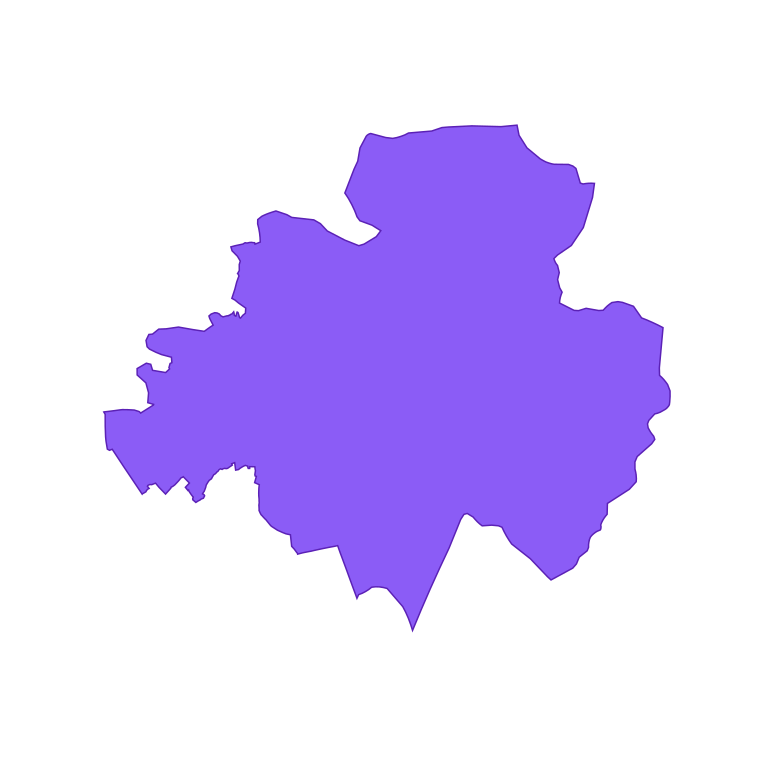 the district of Copacele, Caras-Severin, Romania, rotated 255°
{"feature_id": "2599482B86602840637576", "entity_name": "Copacele", "entity_type": "district", "adm_level": 2, "iso_a3": "ROU", "parent_name": "Romania", "parent_adm1": "Caras-Severin", "projection": "natural_earth1", "projection_center": [22.073, 45.483], "detail": "fine", "context": "isolated", "style": "filled", "palette": "violet", "viewbox_px": 768, "rotation_deg": 255, "n_neighbors": 0, "source": "geoboundaries", "source_scale": "gbopen_adm2", "svg_char_len": 5762}
<svg xmlns="http://www.w3.org/2000/svg" viewBox="0 0 768 768"><g transform="rotate(255 384 384)"><path d="M599.6,579.5L602.3,563.6L610.6,535.6L615.6,512.5L616.7,506.3L616.0,495.5L620.1,472.6L619.2,468.5L618.8,464.3L618.7,460.2L619.0,456.0L621.6,449.5L629.4,436.0L629.4,434.6L629.1,433.3L628.6,432.0L627.8,430.8L627.0,430.1L618.2,421.9L606.0,416.3L599.3,410.7L578.6,395.6L575.4,396.7L572.3,397.7L569.0,398.5L565.8,399.3L562.5,399.9L559.2,400.5L555.8,400.9L552.5,401.2L547.9,403.0L540.6,413.4L532.9,420.6L528.3,414.7L524.3,401.0L524.1,395.5L533.2,383.3L546.5,368.8L555.3,364.1L560.7,358.7L568.8,338.0L572.7,334.0L579.1,324.4L579.0,321.1L578.8,317.8L578.5,314.6L578.0,311.3L577.6,309.3L575.5,304.6L571.4,303.4L566.8,303.3L562.2,302.9L557.6,302.2L553.1,301.2L552.5,295.6L554.0,295.6L554.4,294.2L555.1,292.7L555.5,290.8L555.6,288.1L556.4,286.4L555.7,283.9L556.1,276.0L556.1,271.6L552.0,271.7L545.3,275.5L539.9,277.0L536.9,275.1L531.1,273.6L528.5,271.1L527.9,271.6L525.8,271.8L524.2,270.6L520.6,268.1L514.2,264.5L506.1,259.2L503.6,261.8L499.8,264.5L493.1,270.1L488.2,268.4L486.9,265.4L484.8,262.5L485.5,261.7L488.7,261.6L490.8,261.5L491.5,260.8L490.0,259.7L487.9,258.6L487.9,258.3L489.1,257.2L491.3,257.5L492.6,257.5L491.0,255.2L491.0,254.1L490.4,252.7L490.6,252.3L490.2,251.5L490.5,249.8L490.5,245.9L492.1,244.1L494.3,243.0L495.8,241.2L496.7,238.9L496.3,235.1L495.0,232.5L492.4,232.6L488.6,233.4L485.1,234.2L483.8,230.3L481.4,224.0L486.1,213.3L492.2,200.2L493.7,187.7L495.3,180.6L492.1,173.3L492.7,169.7L487.7,165.4L481.3,164.8L478.4,166.5L473.5,172.1L473.0,172.8L470.0,176.7L464.9,185.6L459.5,184.6L459.2,182.7L455.5,180.5L454.1,180.8L451.6,176.1L452.1,174.9L457.1,164.0L463.4,163.8L465.6,159.8L462.8,149.5L456.6,147.9L446.7,154.3L436.4,154.3L427.1,151.0L423.9,156.2L423.4,155.9L422.7,153.7L418.9,141.4L419.9,140.9L420.8,140.3L423.5,136.0L425.6,129.5L427.0,124.5L427.4,121.8L428.1,116.2L429.1,109.1L429.4,107.2L429.5,106.5L429.5,106.1L426.8,106.8L415.4,103.8L405.0,101.4L400.8,100.7L392.7,99.9L391.0,101.7L391.3,104.6L370.9,111.4L359.5,115.3L340.2,121.9L340.5,122.3L340.9,124.0L341.5,126.1L342.5,127.0L343.5,128.4L343.9,130.1L346.5,129.0L347.2,129.8L347.5,131.7L346.9,133.6L347.1,135.5L347.3,136.9L347.3,137.7L342.5,139.9L334.2,144.5L338.5,151.1L339.4,151.6L339.7,153.3L340.7,155.8L342.4,158.6L343.6,160.5L346.0,163.9L346.0,165.1L346.4,166.1L338.7,170.4L335.6,165.4L331.8,167.1L332.1,167.8L331.3,167.8L330.2,168.1L328.1,168.8L325.5,169.8L324.1,170.5L323.0,169.6L322.3,169.6L321.7,169.3L318.3,171.6L319.2,174.5L319.5,176.2L320.2,177.7L320.2,177.8L320.4,180.0L322.4,181.8L323.7,181.5L324.9,180.3L326.3,181.8L326.8,182.5L330.1,184.9L332.5,186.2L334.8,188.6L336.2,190.3L337.1,192.8L338.5,194.1L340.5,196.1L340.6,196.8L340.8,197.5L341.6,199.0L342.2,199.7L342.6,201.0L343.6,202.0L344.0,202.8L344.4,204.2L343.4,205.5L343.7,206.2L343.8,208.0L343.6,208.6L343.1,209.6L343.0,211.1L343.8,213.3L344.9,216.5L346.4,216.2L346.7,219.4L339.2,218.4L339.0,221.3L339.9,223.3L340.8,226.3L341.3,228.9L339.9,231.1L338.7,230.9L337.6,231.0L337.2,232.4L338.9,233.0L337.5,237.8L335.3,237.5L333.6,237.4L329.9,235.8L328.5,235.7L327.8,236.8L322.2,233.5L320.6,235.5L319.0,237.5L318.9,237.5L318.6,237.3L318.4,237.2L315.8,236.2L314.2,235.7L311.9,235.0L310.5,234.6L310.4,234.6L308.4,234.1L305.5,233.6L304.2,233.3L303.2,233.0L302.3,232.9L301.6,232.7L300.6,232.3L299.6,231.9L299.0,231.7L298.8,231.7L296.5,231.2L295.5,231.0L295.1,230.9L294.4,230.6L294.1,230.6L293.3,230.7L290.9,231.1L289.4,231.5L288.6,232.0L286.8,232.9L284.2,234.3L283.9,234.6L276.5,237.9L275.4,238.7L270.4,243.2L266.8,247.6L264.6,250.6L262.6,254.6L251.1,252.8L247.9,254.5L244.1,256.0L242.2,256.8L242.0,256.7L242.0,260.1L242.0,260.9L241.9,263.2L241.5,269.1L241.4,269.9L241.3,273.6L241.2,275.8L240.9,281.8L240.5,288.1L240.0,294.5L239.9,297.4L232.3,298.0L227.1,298.5L222.7,298.9L216.3,299.5L213.0,299.8L206.0,300.4L197.1,301.2L187.6,302.1L184.0,302.4L187.1,305.0L187.5,308.8L188.3,312.4L189.4,316.0L190.9,319.5L190.3,323.4L189.2,327.1L187.6,330.7L185.7,334.1L164.1,344.5L157.9,345.9L151.5,346.9L145.0,347.5L138.6,347.8L156.5,361.6L174.1,375.6L191.5,389.9L208.7,404.4L233.3,423.0L237.4,427.5L237.4,430.9L232.5,435.6L229.6,437.0L226.8,438.5L224.1,440.2L221.6,442.1L219.8,451.4L217.4,457.9L215.1,460.9L210.3,461.8L205.6,462.9L200.9,464.3L196.4,465.9L177.4,480.1L155.6,492.0L151.5,494.6L157.3,518.7L160.4,523.3L166.2,527.7L170.3,537.1L173.3,539.3L175.9,540.0L178.3,541.0L180.6,542.2L182.6,543.7L183.6,545.0L184.4,546.3L185.1,547.7L185.7,549.1L186.2,550.5L186.6,551.9L187.0,555.1L187.9,555.9L189.1,556.4L190.4,556.8L191.7,556.8L193.9,558.4L195.8,560.1L197.5,561.9L199.0,563.8L200.4,565.8L210.8,568.9L218.8,593.7L224.3,602.3L227.3,603.3L230.5,603.9L230.8,604.0L233.8,604.3L236.9,604.4L243.8,606.2L248.4,609.8L257.0,627.1L260.4,631.2L263.7,631.0L266.0,630.0L268.3,629.1L270.8,628.4L273.3,627.8L277.3,628.2L280.3,630.4L285.0,637.7L285.0,640.7L285.3,643.6L286.6,648.7L287.3,650.6L288.6,652.6L289.3,653.5L290.2,654.3L292.6,655.3L297.9,657.1L303.3,658.5L310.1,657.8L310.4,657.7L313.2,656.6L315.9,655.4L318.5,654.0L321.0,652.4L328.2,654.1L366.2,668.1L366.5,667.8L370.2,663.7L374.0,659.2L377.7,654.6L381.2,649.9L394.5,645.1L401.1,635.5L403.0,631.3L403.7,625.2L402.7,622.5L401.5,619.8L400.1,617.3L398.5,614.8L399.4,610.4L404.8,598.8L404.5,590.9L405.9,586.7L416.8,574.5L419.5,575.5L422.0,576.7L424.4,578.2L426.6,579.8L431.4,578.6L439.9,578.7L446.2,582.1L453.6,582.3L455.2,581.6L456.8,581.1L458.4,580.8L460.1,580.6L461.2,580.6L463.7,585.0L469.3,600.8L483.5,617.0L510.2,633.7L523.3,639.2L524.2,636.5L524.9,633.7L525.4,630.8L525.7,628.0L527.3,625.6L542.5,625.2L545.6,622.9L548.3,619.1L552.2,605.2L553.2,603.1L554.8,600.4L556.6,597.8L558.8,595.4L561.1,593.1L575.1,583.2L589.3,578.8L599.6,579.5Z" fill="#8b5cf6" stroke="#5b21b6" stroke-width="1.5"/></g></svg>